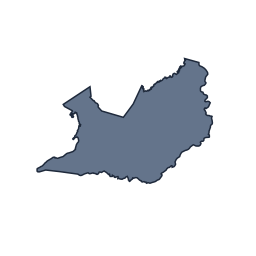 Santa Cruz de Yojoa, Cortés, Honduras (Equal Earth projection), rotated 49°
{"feature_id": "27666195B60496786118463", "entity_name": "Santa Cruz de Yojoa", "entity_type": "district", "adm_level": 2, "iso_a3": "HND", "parent_name": "Honduras", "parent_adm1": "Cortés", "projection": "equal_earth", "projection_center": [-87.884, 14.996], "detail": "fine", "context": "isolated", "style": "filled", "palette": "slate", "viewbox_px": 256, "rotation_deg": 49, "n_neighbors": 0, "source": "geoboundaries", "source_scale": "gbopen_adm2", "svg_char_len": 5776}
<svg xmlns="http://www.w3.org/2000/svg" viewBox="0 0 256 256"><g transform="rotate(49 128 128)"><path d="M99.1,223.1L99.5,223.7L100.9,224.9L101.7,224.9L102.2,224.5L103.0,223.6L105.7,217.7L116.4,207.9L129.9,196.1L131.8,195.6L132.9,194.8L133.4,193.7L134.1,190.9L135.6,187.5L136.8,187.3L137.5,186.8L139.0,183.8L139.7,183.6L140.6,182.7L141.2,182.6L141.8,182.0L142.4,182.0L142.7,181.8L143.0,180.9L143.0,180.0L142.4,178.8L142.4,178.6L142.9,178.0L144.2,177.1L144.5,175.1L145.0,174.1L145.8,174.0L146.4,173.7L147.2,173.6L147.7,173.4L150.1,173.2L150.4,173.1L150.5,172.4L150.8,172.2L151.7,173.0L152.9,173.2L154.2,171.7L154.2,171.2L153.6,170.7L155.8,170.0L156.1,170.5L156.7,170.3L157.0,169.9L157.5,168.2L158.1,167.4L158.5,167.6L159.0,168.1L159.4,168.9L159.6,169.0L160.0,168.0L161.2,167.5L162.8,166.1L163.1,164.5L163.8,163.2L163.6,161.9L164.0,160.3L165.6,160.7L167.0,161.3L167.5,161.8L168.3,161.6L169.0,162.0L169.3,161.9L169.4,161.5L169.2,159.3L169.4,158.2L168.9,157.5L168.8,157.0L169.6,156.7L170.3,155.0L171.3,153.9L172.1,153.7L175.1,153.4L176.7,152.6L177.1,153.0L177.6,152.9L178.2,152.5L179.0,151.0L179.7,150.9L180.7,149.9L181.4,150.3L182.0,150.1L182.3,148.8L184.0,147.7L184.3,147.2L184.9,145.6L186.0,143.3L186.4,142.2L186.6,139.9L187.2,138.6L187.2,137.6L186.4,134.1L185.8,133.1L184.8,133.2L184.3,133.1L184.1,132.4L184.5,130.5L184.8,127.0L184.3,125.6L184.2,124.2L184.3,123.6L184.9,122.6L184.9,120.5L185.0,119.9L185.4,119.6L186.0,119.8L186.6,120.4L187.3,118.8L187.3,118.0L186.8,116.2L186.3,115.7L184.5,114.8L183.4,112.4L183.1,110.6L183.5,107.8L182.7,106.6L181.9,104.8L181.7,103.8L181.6,102.6L182.0,101.6L182.4,99.8L183.3,97.8L183.6,96.6L183.7,95.4L183.2,93.2L183.4,90.5L183.5,89.7L186.2,88.5L187.9,86.6L188.2,86.0L188.3,84.7L187.7,83.3L187.4,83.0L186.4,82.9L186.1,82.5L186.2,81.2L187.1,80.2L187.2,79.6L186.9,78.6L186.0,77.9L185.7,77.3L186.0,76.0L186.5,75.1L188.0,73.1L188.2,72.7L188.1,72.4L186.6,71.2L185.5,71.5L184.9,70.2L183.5,68.8L181.5,65.3L180.9,64.8L180.4,64.1L180.2,63.5L180.2,61.9L179.6,61.0L177.7,59.7L175.2,58.4L174.5,57.0L174.1,57.0L172.8,58.2L171.9,58.5L170.6,59.9L169.1,60.3L168.3,60.1L168.2,59.5L167.6,59.0L165.4,58.4L164.3,58.4L163.9,58.2L163.5,57.6L163.4,56.7L163.6,56.5L164.3,56.6L164.5,56.4L164.8,54.0L164.7,53.2L162.9,49.4L161.5,49.5L160.8,49.7L159.9,50.7L159.3,52.0L158.4,52.5L157.8,52.1L157.4,51.1L157.2,48.2L155.9,47.1L154.6,47.2L153.7,47.9L152.1,48.6L151.5,48.6L150.6,48.1L150.0,48.0L149.0,48.8L148.1,49.0L147.5,48.9L146.0,47.7L145.4,47.1L144.7,45.8L145.1,43.8L145.8,42.4L145.6,40.8L145.4,40.0L144.8,39.4L143.5,39.5L142.5,38.7L140.7,36.3L140.3,35.5L139.8,32.6L139.2,32.1L138.2,31.5L135.4,31.1L133.1,31.2L130.6,31.9L129.8,32.2L128.7,32.9L127.5,33.1L126.6,32.8L125.1,31.5L112.7,39.7L113.5,40.1L114.3,39.6L114.3,39.9L114.1,40.5L114.5,40.6L114.8,42.0L115.1,42.3L115.4,43.1L115.6,43.3L116.0,43.1L116.4,43.4L117.1,42.9L117.2,43.1L117.1,43.5L117.5,43.7L117.5,43.9L117.8,44.8L117.8,45.4L117.2,46.1L117.1,46.7L116.5,47.1L116.9,47.5L115.8,47.8L116.0,48.3L115.9,48.9L116.4,49.2L117.0,48.6L117.3,48.7L117.3,49.4L116.8,49.6L116.6,50.2L117.2,50.3L117.0,50.7L117.1,51.2L117.7,50.9L117.8,51.0L117.7,52.5L118.3,51.7L118.6,51.7L118.7,52.4L118.2,52.6L118.2,54.0L118.4,54.2L118.6,54.2L118.8,53.4L119.3,53.3L119.5,53.5L119.5,53.8L119.0,54.0L118.9,54.3L119.3,55.5L119.4,56.2L118.6,56.6L117.4,56.9L117.1,57.3L117.0,57.6L116.9,58.8L117.3,59.2L117.7,60.1L118.5,60.6L118.4,61.8L117.8,62.0L116.3,62.0L116.2,62.3L116.9,62.7L117.0,63.1L116.2,64.2L116.0,66.4L115.5,66.6L114.6,66.8L114.5,66.6L115.1,66.4L115.0,66.2L114.8,66.1L113.9,66.7L114.3,67.3L113.9,68.9L114.2,69.8L114.4,70.8L114.2,71.8L113.6,72.1L114.0,72.5L113.9,73.2L113.6,73.5L113.1,73.4L113.0,73.7L113.0,73.9L113.6,74.4L113.2,74.8L113.1,75.7L113.0,75.8L112.7,75.3L112.4,75.3L112.7,78.7L112.7,79.1L112.3,79.2L112.3,79.5L112.4,80.2L113.3,81.2L113.0,81.7L113.3,82.6L112.7,83.1L112.6,83.5L113.1,83.4L113.3,83.6L113.3,84.1L112.8,84.2L112.8,84.5L113.8,85.0L113.3,85.7L113.8,87.0L113.6,87.1L113.2,86.8L113.2,87.8L113.0,87.6L112.9,88.0L112.5,88.4L112.4,89.9L112.0,90.3L111.4,90.5L111.0,91.9L110.7,91.6L110.2,91.9L109.8,91.3L109.0,91.1L109.0,90.6L108.3,90.8L108.3,90.3L107.9,90.3L107.5,90.7L107.2,90.8L107.1,90.5L107.0,89.6L106.9,89.5L106.5,89.8L105.7,89.5L105.1,89.8L113.3,108.3L116.9,124.5L97.9,136.7L92.8,136.8L92.6,136.6L91.8,136.2L91.4,135.4L90.3,135.3L89.6,135.1L87.4,136.0L85.1,135.7L84.9,135.8L84.7,136.2L79.8,136.5L79.8,135.1L71.9,129.6L67.7,161.4L70.1,161.8L78.4,158.7L78.9,158.9L79.1,159.9L79.2,161.0L79.5,161.1L79.7,160.8L80.3,161.2L80.4,160.7L80.9,160.5L81.2,160.2L81.5,160.3L81.7,160.0L81.9,158.9L82.2,157.9L82.0,157.6L81.5,157.8L81.4,157.5L82.9,156.8L84.0,157.5L84.3,157.4L84.6,157.7L86.0,158.2L86.3,158.6L86.9,158.7L88.2,159.7L90.0,160.5L90.5,160.9L91.7,161.0L92.5,161.8L93.2,161.9L93.9,162.2L94.0,161.6L94.5,161.6L94.8,162.3L95.3,162.8L95.3,163.0L95.1,163.2L94.1,162.6L93.9,162.7L93.9,163.1L94.7,164.2L96.1,165.8L96.5,166.7L96.8,167.9L97.6,168.2L97.8,169.2L99.1,171.7L99.0,172.9L99.3,173.7L100.0,174.2L100.5,174.1L100.9,173.7L101.2,172.5L101.5,172.3L102.4,172.2L103.1,172.3L105.3,173.6L106.0,174.7L106.1,176.0L106.7,177.8L109.0,181.3L109.2,181.5L109.4,181.4L109.7,181.7L109.6,182.9L109.7,184.2L109.6,185.1L108.0,189.0L107.5,189.8L107.1,191.0L107.0,192.5L107.0,195.7L105.7,198.5L104.8,200.9L104.3,201.4L103.4,201.8L102.8,202.7L102.1,202.4L101.9,202.5L101.0,203.7L100.7,206.6L100.5,207.1L100.5,207.8L100.2,208.8L99.9,211.0L100.1,212.1L99.9,213.2L100.1,214.1L100.4,217.2L100.2,218.6L99.9,219.1L99.9,219.8L99.1,223.1ZM83.2,163.3L83.9,162.5L83.8,161.9L83.6,161.6L81.9,161.3L80.1,161.8L79.7,162.0L79.6,162.3L79.7,162.8L80.3,163.1L80.7,162.8L82.0,162.9L83.2,163.3ZM100.6,176.9L100.8,176.8L100.8,176.0L100.5,175.0L100.2,174.8L99.8,175.2L99.9,176.6L100.0,176.8L100.6,176.9Z" fill="#64748b" stroke="#1e293b" stroke-width="1.5"/></g></svg>